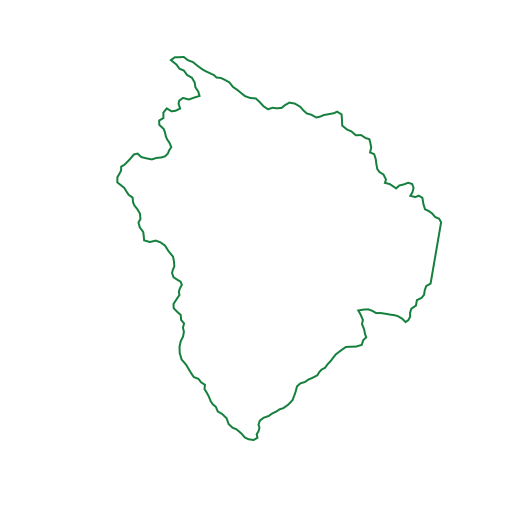 the district of Anitápolis, Santa Catarina, Brazil, rotated 298°
{"feature_id": "56859067B93916704191286", "entity_name": "Anitápolis", "entity_type": "district", "adm_level": 2, "iso_a3": "BRA", "parent_name": "Brazil", "parent_adm1": "Santa Catarina", "projection": "albers", "projection_center": [-49.138, -27.872], "detail": "fine", "context": "isolated", "style": "outline", "palette": "green", "viewbox_px": 512, "rotation_deg": 298, "n_neighbors": 0, "source": "geoboundaries", "source_scale": "gbopen_adm2", "svg_char_len": 3286}
<svg xmlns="http://www.w3.org/2000/svg" viewBox="0 0 512 512"><g transform="rotate(298 256 256)"><path d="M395.8,130.1L395.5,124.8L395.6,121.1L396.5,114.9L397.6,109.3L396.9,104.0L397.8,98.8L395.6,95.1L393.3,91.0L389.0,88.9L387.7,95.9L385.4,100.6L385.9,105.2L383.5,110.1L383.3,115.7L380.4,120.4L376.6,123.2L374.0,127.9L370.8,131.0L367.0,127.2L362.7,123.3L361.3,117.4L357.2,115.3L354.0,116.2L350.6,119.8L346.4,116.7L344.1,113.5L344.4,107.9L339.1,106.9L334.3,109.5L330.2,106.9L326.4,109.0L324.8,114.9L322.2,117.8L319.4,120.1L317.3,122.7L315.1,126.8L312.3,130.1L308.4,129.7L305.1,130.1L301.3,128.9L298.4,126.0L295.9,122.1L292.4,118.7L290.8,113.5L289.5,108.3L290.8,103.4L288.3,100.5L284.6,99.7L281.5,99.0L278.4,98.1L274.8,97.0L271.6,95.0L268.1,96.8L263.8,96.8L260.5,96.6L255.9,99.0L255.0,104.0L254.3,107.7L252.2,111.2L250.2,114.9L249.7,119.6L245.6,122.3L243.5,125.0L241.6,129.3L238.9,133.7L234.4,136.6L230.4,136.5L226.8,139.9L224.2,145.2L221.1,147.4L217.3,149.9L218.5,155.7L222.5,160.2L223.2,165.1L222.5,170.7L219.1,176.7L216.5,183.0L212.6,186.2L208.4,188.8L204.9,189.0L201.5,189.9L198.5,193.2L198.1,197.8L197.9,201.6L195.6,204.1L191.6,204.0L188.2,204.7L185.6,206.7L181.0,206.2L174.9,205.7L171.3,207.8L169.8,212.3L168.6,217.2L164.4,219.9L162.7,224.1L158.3,225.2L155.3,227.9L150.7,229.4L145.7,229.5L140.1,231.0L134.5,234.2L129.7,238.9L127.1,245.5L124.4,249.9L122.0,253.9L119.9,257.9L120.5,262.9L118.7,266.8L118.3,271.4L114.3,273.0L112.1,276.9L109.4,280.8L106.4,284.3L104.7,287.6L104.0,291.3L100.8,295.2L100.6,300.4L98.9,306.2L94.8,310.7L93.4,315.9L93.8,320.3L92.4,326.5L90.5,331.4L90.7,335.4L92.4,340.3L96.2,342.6L98.9,340.3L102.4,340.5L106.0,339.7L108.2,337.4L112.5,336.7L116.8,338.7L120.8,342.4L124.5,344.2L128.3,347.0L131.7,348.8L134.4,351.5L139.8,354.2L145.7,355.9L150.7,355.3L154.8,354.7L160.1,353.4L164.4,355.0L167.8,358.4L171.4,360.2L175.0,363.1L179.5,366.2L182.9,366.3L186.4,367.2L189.8,369.5L193.9,370.0L198.6,371.3L203.2,372.0L206.8,372.7L210.4,374.4L214.1,376.1L217.9,378.1L220.4,382.3L223.0,386.9L227.2,391.1L232.1,390.2L236.0,391.5L238.4,388.8L242.0,385.9L245.6,381.6L249.7,380.4L253.5,375.7L255.9,371.9L259.1,376.0L261.6,380.2L262.2,384.7L262.0,388.8L264.3,393.2L265.9,397.8L267.4,402.5L268.6,405.7L269.5,409.2L269.3,414.4L267.9,419.1L270.9,420.6L274.9,420.6L278.1,418.7L282.4,417.9L287.3,420.5L292.5,418.8L296.9,421.9L300.7,422.6L304.8,421.1L309.4,420.4L313.6,423.1L372.7,403.6L374.9,400.1L374.5,396.0L376.3,391.4L376.8,387.4L376.6,383.3L380.6,379.3L385.5,375.6L385.7,371.4L382.8,369.0L381.6,364.0L385.7,364.2L390.0,363.2L392.9,360.1L392.1,356.0L388.5,352.8L385.5,349.4L381.5,348.0L381.9,344.3L382.3,340.4L381.1,335.5L384.5,334.9L387.8,330.3L388.1,325.5L389.7,322.3L393.3,319.4L397.8,316.2L401.4,312.5L401.0,308.1L405.9,306.8L409.7,303.7L412.4,301.2L411.6,297.5L412.1,292.0L409.5,287.5L410.8,281.7L410.4,277.1L411.6,270.9L416.1,268.3L421.2,265.1L421.5,259.8L418.8,257.9L414.8,252.9L412.4,249.8L409.2,247.2L406.6,244.2L406.7,238.4L405.7,233.9L406.9,229.2L408.5,225.2L408.8,218.8L407.1,213.5L402.9,210.8L398.7,209.0L396.2,205.1L394.6,201.0L391.2,197.7L391.7,192.5L393.9,186.3L395.0,181.8L392.8,176.7L392.0,171.3L392.8,166.9L393.8,161.9L394.5,156.2L396.8,151.0L396.9,145.7L396.7,141.3L395.0,137.3L396.0,134.0L395.8,130.1Z" fill="none" stroke="#15803d" stroke-width="2"/></g></svg>